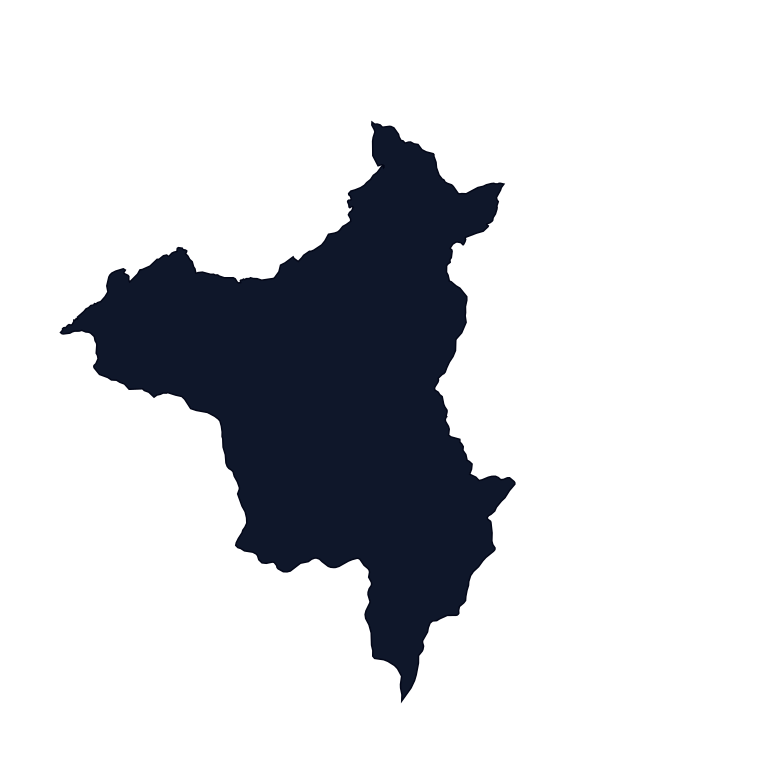 the district of Aranzazu, Caldas, Colombia, rotated 51°
{"feature_id": "7082276B40777763958503", "entity_name": "Aranzazu", "entity_type": "district", "adm_level": 2, "iso_a3": "COL", "parent_name": "Colombia", "parent_adm1": "Caldas", "projection": "natural_earth1", "projection_center": [-75.49, 5.279], "detail": "fine", "context": "isolated", "style": "filled", "palette": "ink", "viewbox_px": 768, "rotation_deg": 51, "n_neighbors": 0, "source": "geoboundaries", "source_scale": "gbopen_adm2", "svg_char_len": 6170}
<svg xmlns="http://www.w3.org/2000/svg" viewBox="0 0 768 768"><g transform="rotate(51 384 384)"><path d="M641.5,569.7L637.2,554.2L633.7,546.9L630.3,542.0L622.6,532.9L616.8,528.1L615.6,522.4L614.8,520.8L612.6,518.2L609.3,516.8L607.8,515.6L604.1,506.2L601.3,503.0L598.8,498.7L598.7,495.4L601.1,491.9L601.5,488.5L603.6,480.5L609.0,473.7L609.6,472.6L609.6,471.2L609.2,470.1L606.9,468.5L604.4,465.4L604.3,459.8L603.6,456.9L600.6,454.1L596.6,449.4L593.7,445.1L590.9,442.5L587.4,437.3L586.0,432.6L585.5,425.5L583.6,418.5L582.9,414.0L582.9,404.1L582.5,402.1L581.3,400.9L577.2,400.5L573.9,399.0L567.7,393.7L558.7,387.9L557.6,387.6L554.4,388.5L552.7,387.8L552.1,385.5L552.6,382.9L552.4,377.9L550.5,374.2L548.9,366.6L548.5,361.6L545.8,353.6L544.2,345.3L542.9,344.4L541.6,344.3L535.9,345.4L534.5,347.2L533.4,351.1L532.1,353.1L531.4,353.6L528.7,354.0L525.9,355.4L523.7,358.2L522.1,361.6L520.2,368.1L518.8,370.9L514.3,371.2L508.0,374.2L505.3,369.6L501.6,365.9L498.0,366.4L495.5,367.4L490.4,364.8L485.2,364.4L482.5,361.8L479.1,361.3L477.1,361.6L474.7,359.9L467.3,365.2L464.4,366.0L460.1,361.7L457.5,360.6L451.8,359.7L450.2,358.8L448.9,356.8L448.9,355.8L447.7,355.6L445.4,352.6L444.0,351.5L439.9,351.1L437.2,350.3L430.4,346.7L427.3,347.4L424.5,347.0L420.9,348.2L419.3,347.6L418.3,346.2L416.5,340.9L415.3,339.2L413.6,338.2L413.2,332.5L413.6,331.0L413.2,328.9L410.9,325.1L408.1,319.4L406.1,313.1L403.0,307.4L395.2,300.7L394.5,299.6L393.1,291.4L387.8,281.4L382.1,278.0L379.9,275.7L375.1,272.0L371.0,266.9L368.2,264.7L357.3,264.7L352.9,266.3L346.9,267.4L345.1,268.4L339.7,265.7L336.5,265.1L331.5,260.9L331.0,258.8L331.1,256.0L328.9,254.6L328.2,252.2L323.7,247.5L322.3,246.9L320.5,247.3L320.0,246.9L318.6,242.6L319.0,238.8L319.9,237.5L322.5,235.3L325.5,235.0L325.7,234.6L324.4,231.5L323.1,229.6L321.7,229.1L321.4,228.1L325.0,217.1L327.7,210.7L327.2,204.1L326.8,203.4L324.8,204.0L324.3,203.5L325.4,200.1L325.5,197.7L325.2,196.5L323.4,194.5L322.0,190.4L319.1,186.1L317.7,184.7L316.9,184.6L314.2,180.4L311.9,180.3L309.8,179.2L306.7,171.5L305.2,169.2L304.1,165.0L301.3,167.2L300.4,168.3L300.2,169.5L298.7,171.4L297.1,172.4L295.8,174.4L293.6,179.1L292.8,182.5L290.4,187.4L287.9,200.4L284.9,203.8L284.0,205.4L282.8,206.4L274.0,205.8L271.8,206.1L267.9,208.5L265.6,209.4L263.0,209.0L261.3,209.8L256.3,209.7L249.0,207.1L244.4,204.0L238.4,201.9L237.1,200.8L236.0,200.8L230.2,205.1L225.7,207.1L219.3,206.8L216.2,209.6L212.7,211.0L211.4,212.8L210.1,216.0L206.9,216.2L205.5,217.5L201.6,216.8L199.1,215.6L191.2,215.1L188.3,216.5L187.2,217.6L183.5,223.6L180.3,223.9L177.9,225.5L176.2,227.7L172.9,228.5L175.1,230.5L180.2,231.5L182.4,232.4L185.6,237.3L188.1,240.0L199.5,249.0L210.7,251.3L211.9,248.0L212.7,247.2L214.4,246.6L215.6,247.4L215.7,248.2L214.4,247.3L213.5,247.5L213.5,249.1L215.3,256.2L215.1,261.0L216.6,265.7L216.6,270.7L217.2,274.1L216.7,278.6L214.9,284.4L213.2,288.4L213.7,291.6L214.8,292.3L216.9,291.9L219.8,293.1L220.0,294.3L218.9,295.8L218.9,296.8L219.5,297.6L222.5,298.5L224.5,299.8L225.5,299.6L225.7,297.5L226.2,296.9L227.2,296.8L229.0,299.9L229.0,302.8L230.1,305.2L234.6,306.0L236.6,307.5L236.3,313.0L235.6,316.9L236.7,321.9L236.7,324.4L235.6,327.5L232.7,332.9L235.6,339.9L236.7,344.9L235.8,354.4L235.0,357.1L233.9,358.5L233.6,362.9L233.4,365.5L234.2,368.5L234.8,373.6L229.7,374.9L228.0,374.6L227.6,384.7L226.5,389.6L230.6,395.0L232.4,401.7L232.5,403.3L226.3,413.8L222.3,416.3L219.7,419.3L217.4,420.9L217.3,422.3L215.4,424.8L215.3,426.5L214.0,427.2L214.0,428.6L213.2,429.7L213.2,430.5L215.0,431.6L213.9,433.5L212.4,433.9L208.6,433.4L206.5,434.3L201.0,441.2L196.5,444.1L194.6,444.6L193.0,446.7L191.5,447.3L189.7,449.7L182.8,454.7L180.4,458.4L179.8,460.3L179.1,460.3L175.5,458.4L173.1,458.2L168.3,456.1L164.8,456.6L161.1,455.9L157.8,456.2L157.0,454.1L156.3,453.5L154.8,454.1L153.5,455.3L152.3,455.6L151.5,455.3L148.6,458.0L148.5,459.3L150.7,461.6L149.4,464.1L148.8,466.5L149.4,470.6L149.2,471.2L147.0,471.7L145.5,474.7L145.5,479.7L145.2,481.0L144.3,481.8L145.1,491.6L142.9,499.8L141.7,501.9L143.5,506.3L144.7,517.5L142.4,516.8L139.8,514.6L138.4,514.6L134.4,516.5L133.6,516.0L132.7,513.3L130.4,514.1L127.4,521.5L126.5,525.8L126.8,528.4L127.7,530.5L133.3,537.7L138.7,540.6L140.6,545.9L141.7,552.3L140.4,555.7L140.8,557.1L139.3,558.4L139.9,559.9L138.5,562.4L138.8,565.5L138.1,568.3L138.8,571.6L139.1,580.1L140.2,580.5L140.7,581.4L139.5,582.0L140.0,583.8L139.1,584.8L140.2,585.7L141.5,588.8L141.4,590.0L139.6,591.4L139.4,593.2L140.0,595.4L138.7,597.5L138.7,599.0L139.9,600.0L140.4,603.0L142.3,602.6L143.3,601.7L146.8,596.1L147.3,593.4L148.2,591.2L151.1,587.5L152.1,585.1L155.9,583.0L157.8,581.0L159.6,580.0L164.8,579.3L168.6,581.3L171.2,581.7L172.9,582.6L179.0,588.3L181.5,588.7L184.4,590.3L186.9,595.1L187.1,597.7L188.0,598.7L189.1,599.1L197.5,599.1L205.2,594.5L209.3,593.3L212.7,589.5L216.4,588.2L220.7,585.7L227.7,585.4L235.7,574.7L238.2,574.4L242.4,571.9L249.5,571.0L249.7,567.4L251.3,564.2L252.0,561.4L254.3,558.6L254.4,557.6L261.5,552.9L266.4,549.0L270.4,548.5L281.4,549.7L286.4,546.5L295.0,539.1L302.5,535.9L307.1,534.8L309.6,534.8L314.4,536.9L319.5,540.0L322.9,542.9L325.0,543.7L331.8,548.8L339.1,551.8L345.9,556.5L349.4,557.7L352.0,557.7L354.9,556.7L357.2,556.5L361.4,558.4L367.7,559.5L373.6,561.6L374.8,562.7L377.3,566.9L389.6,571.2L395.9,572.3L401.5,575.0L405.8,578.2L407.8,582.3L408.7,585.6L410.3,588.0L412.4,594.4L414.4,598.7L416.1,600.8L419.2,600.5L421.7,598.8L425.8,597.5L432.1,591.8L435.7,590.3L437.8,590.3L441.8,591.9L446.2,591.4L449.3,588.3L452.2,582.7L453.6,581.6L457.6,581.7L459.3,582.6L461.0,582.6L466.5,580.4L469.0,577.5L470.4,574.5L470.7,561.7L474.4,554.6L474.6,550.5L475.6,547.5L476.9,545.9L479.5,544.3L483.0,543.9L490.6,542.1L492.9,540.7L495.1,538.4L496.1,537.0L497.4,533.7L499.2,523.1L500.4,519.2L502.5,514.5L503.5,513.6L505.1,513.0L512.3,513.6L517.3,512.6L519.3,512.7L521.1,513.6L524.5,517.5L529.9,518.5L531.7,519.5L532.7,520.9L533.8,524.4L535.8,527.4L537.7,529.0L544.4,531.8L545.3,533.0L548.9,540.7L551.2,543.7L554.7,545.8L561.7,547.2L569.4,550.6L579.1,558.0L584.1,560.4L588.4,564.0L591.3,564.0L598.1,557.7L602.0,555.5L609.3,553.0L613.7,552.6L622.2,554.2L627.8,560.2L630.7,562.4L636.8,565.6L641.5,569.7Z" fill="#0f172a" stroke="#020617" stroke-width="1.5"/></g></svg>